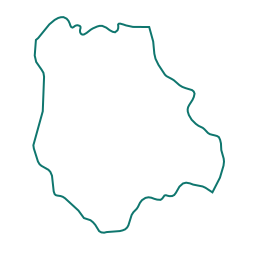 map outline of Bistrita-Nasaud (Natural Earth projection), rotated 274°
{"feature_id": "ROU-295", "entity_name": "Bistrita-Nasaud", "entity_type": "County", "adm_level": 1, "iso_a3": "ROU", "parent_name": "Romania", "parent_adm1": "", "projection": "natural_earth1", "projection_center": [24.568, 47.164], "detail": "fine", "context": "isolated", "style": "outline", "palette": "teal", "viewbox_px": 256, "rotation_deg": 274, "n_neighbors": 0, "source": "natural_earth", "source_scale": "10m", "svg_char_len": 1838}
<svg xmlns="http://www.w3.org/2000/svg" viewBox="0 0 256 256"><g transform="rotate(274 128 128)"><path d="M69.7,216.7L73.8,209.4L74.9,206.5L76.1,196.9L77.1,193.6L77.5,189.8L76.5,186.7L73.1,183.4L66.7,180.3L64.4,178.8L63.2,176.8L62.9,174.1L63.2,172.2L63.6,170.5L63.2,169.1L60.0,167.1L58.6,165.5L58.6,162.0L59.2,159.1L60.1,156.1L60.3,153.2L59.5,150.3L57.0,147.0L54.3,145.2L50.1,143.5L48.1,142.4L44.3,139.2L41.5,137.7L31.0,135.2L28.7,134.1L26.7,132.2L25.5,129.8L24.6,127.0L22.7,114.0L21.9,111.5L22.0,108.7L23.1,106.4L29.1,102.1L31.5,99.7L33.4,97.0L35.1,90.3L42.2,84.3L53.5,70.1L54.8,67.8L55.4,65.6L55.7,62.0L56.0,60.6L57.0,59.4L59.6,58.3L75.1,55.5L78.8,53.6L80.7,51.6L84.2,44.3L85.7,42.3L88.3,40.5L101.0,35.5L104.2,34.8L138.7,41.8L173.2,40.7L177.1,39.8L179.9,37.9L187.5,31.8L193.7,29.9L209.4,30.0L211.4,32.1L225.9,42.3L230.7,47.3L232.9,50.7L233.8,53.2L234.1,55.9L232.8,59.1L230.8,61.1L228.3,62.5L226.1,63.4L224.7,64.4L224.3,65.6L224.9,66.7L225.9,67.7L226.7,69.1L227.0,70.6L226.5,72.7L225.7,73.5L224.5,73.7L223.1,73.4L221.7,73.3L220.1,73.6L218.8,74.4L218.0,75.8L218.2,77.5L219.9,80.0L223.5,84.0L224.9,86.0L227.1,90.2L227.9,92.5L228.1,95.1L226.6,99.3L224.3,102.9L222.9,106.0L222.6,108.4L224.7,110.7L226.9,111.3L228.9,111.2L230.4,110.9L231.3,111.4L231.6,112.8L230.9,116.3L230.2,118.8L229.2,125.8L230.2,142.1L216.0,147.1L203.9,149.1L199.0,150.6L193.1,154.0L183.8,161.1L182.4,162.8L179.8,168.6L178.9,170.3L174.3,176.4L172.8,179.3L171.8,182.6L170.3,189.2L169.0,191.0L166.9,192.0L163.6,191.5L160.6,190.4L155.1,187.4L152.9,186.5L150.8,186.2L148.5,186.5L145.2,187.8L140.7,190.9L136.9,195.3L135.1,198.2L133.4,202.5L132.2,204.2L128.7,208.0L127.6,210.0L127.1,212.5L126.7,215.0L126.2,217.4L125.2,219.3L122.6,220.7L119.1,221.8L112.5,222.6L104.1,225.6L101.2,226.1L97.1,225.9L84.9,223.2L69.7,216.7Z" fill="none" stroke="#0f766e" stroke-width="2"/></g></svg>